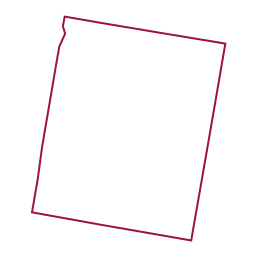 Oktibbeha, Mississippi, United States of America, rotated 280°
{"feature_id": "52423323B5327957773533", "entity_name": "Oktibbeha", "entity_type": "district", "adm_level": 2, "iso_a3": "USA", "parent_name": "United States of America", "parent_adm1": "Mississippi", "projection": "natural_earth1", "projection_center": [-88.888, 33.426], "detail": "fine", "context": "isolated", "style": "outline", "palette": "rose", "viewbox_px": 256, "rotation_deg": 280, "n_neighbors": 0, "source": "geoboundaries", "source_scale": "gbopen_adm2", "svg_char_len": 418}
<svg xmlns="http://www.w3.org/2000/svg" viewBox="0 0 256 256"><g transform="rotate(280 128 128)"><path d="M28.2,65.0L28.2,65.4L28.0,116.2L28.2,209.8L49.4,209.7L86.5,209.7L117.2,209.6L117.8,209.6L159.3,209.5L228.0,209.2L227.3,140.6L227.0,106.3L226.8,80.8L226.7,46.3L216.9,46.2L210.0,49.7L196.2,46.2L179.5,46.2L94.2,46.7L61.4,48.0L53.3,48.0L28.3,48.1L28.2,65.0Z" fill="none" stroke="#9f1239" stroke-width="2"/></g></svg>